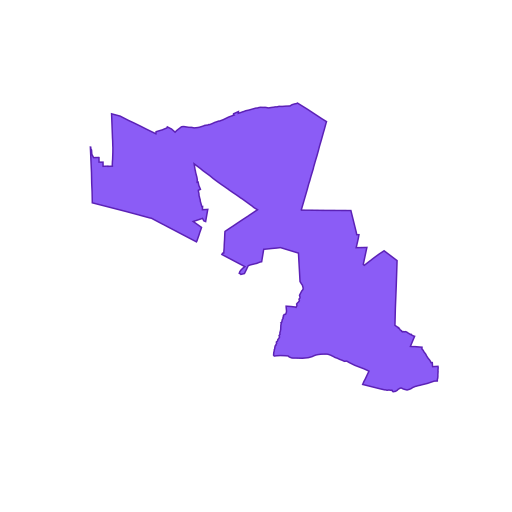 outline of Mazapiltepec de Juárez, Puebla, Mexico, rotated 335°
{"feature_id": "50627088B71647640218880", "entity_name": "Mazapiltepec de Juárez", "entity_type": "district", "adm_level": 2, "iso_a3": "MEX", "parent_name": "Mexico", "parent_adm1": "Puebla", "projection": "mercator", "projection_center": [-97.694, 19.145], "detail": "fine", "context": "isolated", "style": "filled", "palette": "violet", "viewbox_px": 512, "rotation_deg": 335, "n_neighbors": 0, "source": "geoboundaries", "source_scale": "gbopen_adm2", "svg_char_len": 6029}
<svg xmlns="http://www.w3.org/2000/svg" viewBox="0 0 512 512"><g transform="rotate(335 256 256)"><path d="M301.1,117.7L295.8,117.6L295.3,118.4L295.6,119.0L289.9,118.5L283.9,118.6L279.9,118.3L279.1,117.9L276.5,117.7L275.4,117.5L274.0,117.5L272.1,117.5L270.6,117.4L270.0,117.4L269.6,117.4L269.4,117.3L268.9,116.9L267.5,116.9L267.1,116.8L266.0,116.3L265.5,116.3L264.9,116.0L264.4,115.9L263.8,116.0L259.3,115.4L258.4,115.2L257.0,114.8L255.3,114.2L254.1,113.8L252.0,112.2L249.5,111.0L245.5,108.3L244.5,107.8L243.0,107.4L237.0,108.8L235.0,109.6L233.1,105.2L230.2,101.5L229.3,102.3L226.1,102.1L224.6,102.1L218.0,101.1L216.9,102.9L209.7,94.0L209.4,93.6L206.2,89.5L201.6,83.8L197.8,79.3L195.7,76.6L192.0,71.8L185.2,66.1L183.4,70.4L176.9,85.8L175.8,88.4L174.7,91.2L172.9,95.3L172.1,97.3L170.2,101.3L167.7,106.2L166.9,107.8L165.9,109.5L164.4,112.4L163.8,113.9L159.7,112.2L159.8,112.0L155.3,110.1L157.0,106.3L153.4,104.6L155.3,100.4L155.2,100.3L150.4,98.2L150.2,94.5L150.7,93.1L151.7,90.5L151.7,89.9L151.6,89.0L152.2,87.5L151.9,87.3L142.1,111.0L137.9,120.5L134.6,128.5L130.4,138.0L130.1,138.6L157.1,160.8L175.7,176.5L177.2,177.6L183.1,185.4L208.0,218.0L208.8,217.4L211.8,214.3L212.9,213.2L215.0,210.9L217.3,208.6L218.7,207.1L213.7,198.2L223.4,199.3L223.6,202.1L224.9,203.5L231.4,194.2L232.0,193.4L227.0,191.4L228.5,188.6L227.8,188.4L228.6,183.2L229.0,181.9L229.2,181.3L229.3,180.6L229.5,179.3L229.7,178.6L229.9,177.2L230.4,176.0L230.8,174.8L231.0,173.5L231.5,172.1L233.8,172.1L234.0,167.8L234.8,164.5L233.8,164.3L235.0,162.2L235.7,159.7L236.4,155.8L236.7,154.3L237.0,153.5L237.3,151.8L238.9,146.3L242.5,153.1L243.9,156.1L248.2,163.9L249.9,167.6L252.7,172.8L255.1,177.0L255.9,178.3L257.8,181.6L258.9,183.5L259.0,183.5L259.3,184.3L261.8,188.6L262.9,190.4L264.0,192.2L264.9,193.8L265.2,194.3L266.7,197.0L267.7,198.5L272.9,207.9L273.5,208.9L274.5,211.1L275.8,213.1L277.0,214.7L276.8,214.8L275.0,215.0L264.1,216.7L258.4,217.5L238.3,220.6L237.1,222.7L234.3,228.1L233.3,229.9L231.7,232.9L230.6,235.1L228.0,239.7L226.9,239.3L225.7,240.2L241.4,260.9L238.9,261.5L236.6,262.3L234.8,263.3L233.5,264.6L234.4,265.7L234.5,266.3L238.1,267.0L242.0,263.9L243.1,262.9L244.9,261.5L247.2,261.7L252.3,262.7L253.0,262.9L253.5,263.0L257.2,263.2L258.7,263.6L265.8,253.2L273.3,255.8L278.3,257.6L281.7,258.7L295.7,271.3L285.1,297.8L285.4,300.4L285.7,302.0L285.3,304.5L284.8,305.8L283.9,306.5L282.7,307.0L278.8,310.0L278.8,310.7L278.6,311.0L278.6,311.5L278.3,312.3L277.8,312.8L277.3,312.9L276.7,313.4L276.6,313.7L276.6,314.0L276.5,314.7L276.2,315.1L275.7,315.3L274.7,315.8L273.9,316.0L272.5,316.7L272.4,317.0L272.4,317.5L272.2,318.1L272.0,318.4L271.9,318.4L271.7,318.6L271.2,318.9L270.5,319.5L269.8,318.7L266.6,316.7L262.1,314.2L261.9,314.6L260.5,318.5L260.0,319.5L259.6,320.0L258.5,321.1L258.1,321.3L257.6,321.2L257.0,320.9L256.5,321.1L256.2,321.4L255.8,321.5L255.5,321.8L255.3,322.6L255.1,322.8L254.6,322.9L254.4,323.4L254.3,323.9L253.9,324.2L253.0,324.7L251.8,326.3L251.4,326.8L251.0,327.0L250.6,327.0L250.3,327.1L250.4,327.4L250.4,327.8L250.2,328.2L249.4,329.0L248.0,331.7L247.3,333.1L247.0,333.4L246.3,334.5L245.8,334.9L245.2,335.7L244.8,336.6L244.6,337.2L243.5,337.7L243.2,338.0L243.2,338.7L243.1,339.4L242.6,339.8L241.0,340.7L240.3,341.1L240.0,341.7L239.7,342.0L239.2,342.3L238.6,342.4L238.2,342.5L238.0,342.8L237.9,343.3L237.8,343.9L236.6,344.7L236.2,345.4L235.3,345.6L234.7,346.5L234.3,347.0L234.0,347.6L233.7,348.1L233.2,348.4L232.7,349.0L232.4,349.8L231.5,350.7L230.0,353.3L230.3,354.4L232.2,355.0L236.0,356.5L240.1,358.6L242.1,359.7L242.7,360.0L243.5,361.6L245.2,363.4L246.3,364.1L248.9,365.3L254.9,368.3L260.6,370.3L264.3,370.9L264.5,370.9L266.4,370.9L267.7,371.0L268.2,371.0L270.4,371.5L273.2,372.4L274.9,373.1L277.8,374.4L279.2,375.1L280.3,376.0L282.0,377.7L282.7,378.7L283.6,379.7L284.6,381.2L285.6,382.2L286.4,382.9L287.3,384.0L288.0,384.9L289.1,386.0L290.0,386.9L291.6,388.8L293.8,389.6L295.7,392.3L295.8,392.4L299.0,396.4L299.6,397.1L306.4,404.1L309.7,408.1L302.5,414.1L302.3,414.2L300.8,415.3L298.4,417.5L311.7,428.3L315.9,431.6L316.6,431.9L318.1,433.1L319.8,433.6L320.9,434.3L321.4,434.7L322.1,434.9L322.6,435.2L322.7,435.5L322.5,436.1L322.7,436.5L322.9,437.0L323.8,437.2L325.2,437.6L327.2,437.4L328.4,436.9L330.6,436.7L331.7,436.9L332.4,437.6L333.1,438.6L334.1,439.5L335.3,440.5L336.3,441.3L338.9,441.7L340.9,441.7L342.4,441.4L344.2,441.5L345.2,441.5L346.5,441.8L348.0,442.0L350.1,442.5L351.9,442.8L357.4,443.9L364.6,444.7L367.5,445.9L368.2,444.5L368.5,444.1L369.0,443.6L369.2,443.3L370.1,441.7L370.8,440.1L371.1,439.6L372.2,437.6L372.6,436.5L373.9,434.2L374.3,432.9L369.3,430.9L369.7,429.6L370.2,428.5L370.7,427.1L369.6,426.7L369.6,425.2L369.3,423.3L368.8,421.6L368.3,418.1L368.4,417.0L367.6,413.3L367.7,412.7L367.6,412.0L367.1,410.4L367.9,408.8L366.1,407.8L361.8,405.3L359.2,404.1L357.7,403.2L365.8,395.8L364.9,395.0L364.4,394.3L363.8,393.6L363.4,392.4L362.8,392.4L361.8,390.8L361.1,389.8L360.7,389.0L360.3,388.6L359.9,388.0L359.5,387.7L358.8,387.6L358.5,387.4L358.1,387.3L358.0,387.0L356.9,386.7L357.0,386.4L356.1,385.9L356.2,385.0L355.5,384.2L355.3,382.8L355.0,382.1L354.6,381.6L355.0,381.2L354.3,380.4L354.2,380.2L352.6,377.6L360.4,361.9L370.3,342.7L381.9,319.8L374.3,305.4L368.2,306.3L362.6,307.4L350.2,310.2L349.7,308.9L360.1,295.1L350.3,290.8L356.3,283.1L358.3,280.2L356.3,279.2L356.9,276.9L361.2,254.9L336.5,243.2L322.8,236.6L316.6,233.7L316.5,233.4L330.6,217.3L334.1,213.1L336.9,210.1L337.7,209.1L339.5,207.0L344.9,201.0L345.6,200.0L350.1,194.8L353.7,190.8L357.2,186.7L359.8,183.5L364.3,178.4L369.6,172.2L371.3,170.3L375.6,165.2L376.7,164.0L373.8,159.6L364.7,144.8L358.2,134.9L357.5,135.0L356.4,134.8L355.4,134.5L352.6,134.1L351.5,134.2L350.4,134.4L349.3,134.0L345.9,132.6L342.9,131.5L340.1,130.1L338.0,129.7L336.3,128.9L335.5,128.8L332.5,127.8L330.9,127.4L329.7,127.0L328.3,125.9L327.4,125.3L325.0,124.2L322.9,123.1L321.0,122.6L319.8,122.5L318.7,122.0L318.0,121.8L316.6,121.6L311.0,120.7L308.1,120.0L306.0,119.9L304.9,119.7L302.3,119.5L301.3,119.3L300.2,119.2L301.1,117.7Z" fill="#8b5cf6" stroke="#5b21b6" stroke-width="1.5"/></g></svg>